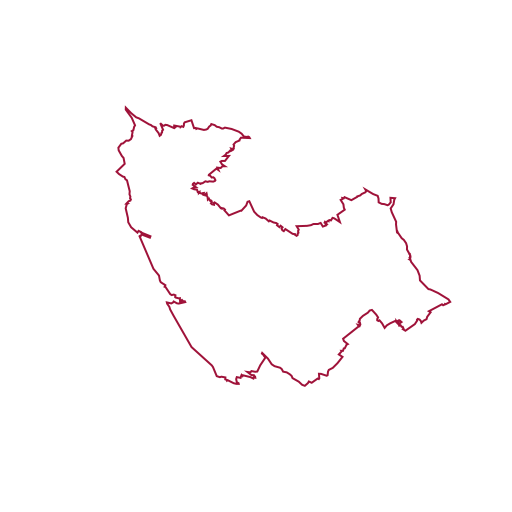 outline of Prunisor, Mehedinti, Romania, rotated 32°
{"feature_id": "2599482B58600020979646", "entity_name": "Prunisor", "entity_type": "district", "adm_level": 2, "iso_a3": "ROU", "parent_name": "Romania", "parent_adm1": "Mehedinti", "projection": "robinson", "projection_center": [22.902, 44.608], "detail": "fine", "context": "isolated", "style": "outline", "palette": "rose", "viewbox_px": 512, "rotation_deg": 32, "n_neighbors": 0, "source": "geoboundaries", "source_scale": "gbopen_adm2", "svg_char_len": 6137}
<svg xmlns="http://www.w3.org/2000/svg" viewBox="0 0 512 512"><g transform="rotate(32 256 256)"><path d="M286.4,378.7L289.6,377.9L290.6,376.7L294.4,375.2L295.3,376.9L296.9,376.6L297.5,377.1L297.8,376.3L304.5,375.7L307.2,374.8L309.1,373.6L308.6,373.1L306.6,373.2L304.4,370.9L303.9,368.9L307.5,367.5L306.9,365.2L307.3,365.1L307.1,364.6L308.2,364.9L308.1,364.1L315.3,361.7L318.7,361.3L318.4,360.2L319.9,359.6L319.2,358.8L317.9,359.4L318.5,358.8L317.4,358.2L315.2,359.4L310.2,358.9L312.2,358.0L313.0,357.2L313.1,356.0L316.7,354.6L318.3,353.3L317.5,346.4L317.8,337.1L316.3,336.7L316.4,336.3L312.7,335.6L312.6,334.9L320.5,336.7L326.7,339.5L330.1,339.6L335.6,338.0L337.6,338.2L340.3,339.7L343.7,338.4L347.3,338.4L349.7,338.8L351.7,340.2L358.9,339.9L363.4,340.8L366.2,340.2L367.4,336.2L367.3,334.4L370.4,334.0L373.2,327.3L374.5,327.1L374.5,326.2L371.8,322.5L373.6,321.5L379.4,320.1L379.9,319.2L378.3,315.8L378.1,314.0L380.4,310.2L381.9,303.7L382.8,295.7L378.4,295.6L379.2,291.3L378.7,291.1L380.0,290.3L379.4,287.9L380.2,287.2L379.8,283.2L380.5,282.1L375.6,281.5L373.7,280.0L380.2,261.8L380.7,261.2L378.9,260.4L380.9,259.8L380.8,258.8L379.4,257.4L378.8,257.9L378.0,257.7L378.0,255.5L377.4,254.2L378.4,250.1L380.9,244.8L381.3,242.0L382.9,240.3L389.0,242.0L392.1,243.4L392.2,245.2L392.9,246.3L394.3,246.2L394.8,245.1L398.6,246.3L403.2,248.8L403.7,245.5L405.5,241.9L408.5,237.3L411.0,237.9L409.9,236.8L411.3,237.2L410.5,236.2L411.1,235.1L411.8,235.5L412.0,234.5L414.4,234.9L413.4,237.4L413.8,238.7L414.4,239.2L415.3,238.1L417.0,238.9L417.9,238.3L419.5,239.3L419.3,240.2L422.3,240.2L426.8,229.6L426.9,225.3L426.3,224.7L426.5,223.6L428.2,223.2L430.1,223.7L431.7,225.0L432.5,221.9L434.1,219.2L433.4,216.8L433.9,211.2L431.9,211.2L439.3,198.4L440.8,198.6L441.8,197.1L441.7,196.5L442.4,196.4L445.0,192.0L442.2,190.8L430.1,190.9L421.5,192.0L419.8,192.7L408.0,189.8L405.2,186.0L400.4,182.4L390.7,178.8L389.3,177.6L388.2,177.6L388.6,177.1L387.3,176.2L387.8,175.6L387.2,174.5L386.8,174.7L386.1,173.4L385.2,173.2L385.1,172.6L384.4,172.6L380.6,170.5L379.0,167.8L376.5,165.6L372.8,164.0L370.1,163.7L364.4,161.2L363.9,161.4L363.1,160.3L362.4,159.9L362.3,160.3L358.0,155.0L356.7,152.7L347.9,146.9L345.0,144.3L345.2,139.3L343.4,134.9L343.3,133.3L339.2,135.4L341.8,139.1L341.4,142.0L340.7,143.2L337.3,144.0L334.9,145.2L331.6,145.5L329.4,142.3L327.3,140.5L322.5,141.4L313.4,141.6L315.1,142.5L315.0,144.0L312.8,147.4L312.3,149.4L310.3,151.8L310.5,152.2L307.3,158.1L299.9,159.2L299.9,160.5L298.6,161.0L299.3,161.5L298.1,163.6L302.7,165.8L305.0,168.6L306.7,169.7L303.2,177.9L309.2,182.8L302.4,182.6L300.7,183.1L300.7,186.1L299.5,186.4L298.9,187.2L299.1,187.8L298.6,187.7L297.6,190.1L298.2,190.9L296.4,190.5L296.5,191.4L299.3,191.6L298.6,193.0L299.0,193.2L297.1,195.6L293.3,193.7L291.6,196.0L287.7,198.5L286.3,200.7L283.4,203.3L274.7,209.2L278.3,211.0L278.4,212.5L279.7,213.8L279.4,214.6L280.2,216.2L279.7,217.4L277.6,217.3L278.2,216.5L275.3,217.8L266.6,217.6L266.4,220.2L264.7,220.2L263.1,219.2L263.3,217.6L260.8,217.3L260.6,219.1L257.5,218.8L257.4,217.4L255.8,217.3L253.0,218.3L248.7,218.7L248.5,219.8L244.3,219.1L241.0,219.7L241.0,220.5L239.6,220.8L235.4,220.6L230.9,219.4L221.3,213.1L220.1,214.5L220.9,218.4L219.6,225.4L219.0,225.6L211.5,235.9L205.0,234.0L205.1,233.1L203.6,232.8L202.5,233.1L202.2,233.9L201.2,233.6L200.8,234.1L196.4,232.6L192.4,232.5L192.1,233.3L193.2,234.8L191.3,235.5L189.9,235.2L190.1,233.8L189.2,232.9L188.4,232.8L188.3,233.5L187.7,233.5L185.7,232.3L185.3,233.7L183.6,231.6L182.3,230.9L181.6,231.2L181.7,229.9L180.8,229.0L180.2,231.1L179.4,231.9L178.7,232.0L178.3,230.2L177.4,231.0L177.5,231.7L175.1,232.3L174.5,231.8L174.3,232.5L174.0,231.8L174.0,232.7L173.7,232.7L173.7,231.8L172.8,232.7L170.8,231.0L168.2,232.2L166.1,232.5L167.3,230.3L168.5,229.5L164.6,229.2L164.3,228.2L164.8,226.8L167.1,227.2L167.8,224.7L170.8,224.2L170.8,223.5L172.1,222.6L173.5,219.5L175.8,218.7L176.8,217.4L180.3,215.6L181.4,214.1L181.4,213.2L179.4,212.0L178.0,211.9L176.9,212.9L174.6,212.2L173.2,212.6L173.0,212.1L176.1,202.9L178.6,203.0L176.5,201.5L179.4,200.1L180.0,197.7L182.0,196.4L178.6,196.3L175.8,194.9L176.6,193.5L179.3,191.8L179.9,186.3L180.0,185.5L175.8,188.2L176.6,186.2L176.5,184.2L177.7,182.9L178.1,180.8L178.5,180.7L178.4,180.1L179.4,179.8L179.6,179.1L178.1,178.1L179.0,177.9L179.3,178.6L179.9,178.6L180.3,177.9L180.1,176.3L179.5,175.9L179.1,174.2L177.9,173.4L178.4,170.2L180.8,166.8L180.4,166.0L180.6,163.6L188.2,159.3L187.3,158.8L186.0,158.9L185.5,159.7L182.5,161.1L179.0,159.9L175.5,159.7L168.0,161.2L161.6,163.6L160.6,165.3L159.6,166.0L156.5,166.3L154.2,167.2L151.6,166.9L148.2,167.8L148.4,169.3L147.7,171.1L147.6,173.8L146.7,175.2L145.0,176.7L138.7,178.8L138.0,179.9L137.1,179.3L135.7,180.4L129.3,175.1L124.7,180.4L124.7,181.8L125.7,183.6L125.9,185.0L124.2,185.3L123.7,186.7L123.4,186.4L117.5,188.7L118.0,189.7L119.3,189.7L118.9,190.9L111.4,192.0L109.6,192.8L109.0,194.2L108.1,194.8L104.4,194.1L110.3,198.2L110.0,199.4L110.9,201.1L110.6,201.9L111.2,203.5L110.6,205.1L108.3,203.4L103.9,201.8L103.0,201.1L103.5,200.5L102.7,200.0L99.5,200.9L97.4,200.6L95.8,201.0L83.7,201.3L80.9,201.9L74.4,201.0L67.0,199.2L68.0,200.9L77.3,204.6L84.2,209.3L84.2,211.0L85.3,214.2L84.5,215.9L85.6,216.2L87.1,220.0L87.6,219.9L88.0,223.2L86.9,225.7L84.8,226.9L83.6,230.9L82.3,232.2L81.9,237.1L83.6,239.2L89.3,242.3L91.7,243.0L95.8,247.4L93.1,258.4L96.4,259.1L101.1,259.2L102.5,258.7L104.6,260.1L106.5,260.2L114.6,268.0L116.0,270.7L118.0,272.2L118.6,273.8L119.9,274.3L120.1,275.6L119.0,277.0L118.3,280.4L119.3,279.9L119.0,280.6L120.2,284.6L127.1,291.5L129.8,295.1L134.9,297.8L143.1,299.0L143.1,296.9L145.8,296.6L145.9,297.0L156.0,295.2L156.3,296.7L147.5,298.4L147.7,300.7L146.1,300.5L175.8,321.2L184.1,324.0L187.5,327.7L189.1,328.7L194.6,328.8L194.8,330.5L195.8,330.3L203.5,333.8L205.2,333.8L206.7,332.3L208.5,332.0L209.2,333.7L209.9,333.8L213.1,332.8L213.8,332.1L215.8,334.9L216.5,334.2L216.1,333.6L216.5,332.5L218.2,333.0L219.6,332.1L220.4,332.6L215.7,337.3L214.1,338.0L210.3,338.2L210.3,339.3L209.3,341.1L205.0,342.6L205.9,343.5L209.4,345.0L211.5,346.8L217.7,350.3L249.6,367.4L276.5,372.2L278.4,373.0L286.4,378.7Z" fill="none" stroke="#9f1239" stroke-width="2"/></g></svg>